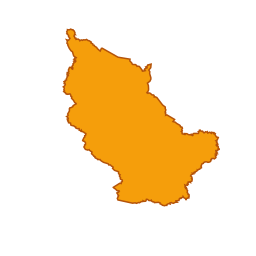 outline of Ocú, Herrera, Panama, rotated 112°
{"feature_id": "35544464B32201522330751", "entity_name": "Ocú", "entity_type": "district", "adm_level": 2, "iso_a3": "PAN", "parent_name": "Panama", "parent_adm1": "Herrera", "projection": "equal_earth", "projection_center": [-80.813, 7.919], "detail": "fine", "context": "isolated", "style": "filled", "palette": "amber", "viewbox_px": 256, "rotation_deg": 112, "n_neighbors": 0, "source": "geoboundaries", "source_scale": "gbopen_adm2", "svg_char_len": 5803}
<svg xmlns="http://www.w3.org/2000/svg" viewBox="0 0 256 256"><g transform="rotate(112 128 128)"><path d="M108.5,39.5L108.2,40.5L107.0,40.6L106.9,41.7L105.5,40.8L103.0,40.7L102.9,41.2L103.3,42.5L101.4,45.1L100.6,44.9L100.1,46.5L101.0,46.8L100.4,47.3L100.7,49.0L101.7,48.8L101.3,50.7L102.8,52.1L101.7,53.1L102.3,53.5L102.5,54.8L103.7,55.2L104.0,56.1L103.0,57.7L103.5,58.3L103.4,59.4L102.9,60.4L103.3,60.9L104.0,60.4L105.0,61.5L105.6,60.8L106.7,60.7L108.4,65.0L109.7,65.8L110.4,65.1L110.8,65.2L110.9,65.8L110.6,66.9L110.2,66.7L110.1,67.1L111.0,67.6L111.5,69.6L111.2,71.2L111.9,73.3L112.4,72.6L112.7,72.7L113.0,75.7L111.4,76.4L111.3,77.2L110.1,76.7L109.4,77.6L107.9,77.4L107.0,78.2L107.0,78.8L107.3,79.1L107.1,80.0L106.4,80.3L106.0,81.1L105.5,84.8L104.9,86.2L105.2,88.7L102.6,88.0L101.3,96.8L102.0,97.7L101.5,97.7L100.8,98.7L99.9,98.6L99.3,99.6L98.0,99.5L96.7,99.9L96.2,100.7L94.6,101.3L93.7,104.6L88.9,112.7L88.9,114.5L89.4,115.3L88.4,115.7L87.8,116.6L88.3,118.2L87.5,120.1L87.6,121.8L88.4,122.5L88.2,123.7L85.8,123.1L84.4,123.4L81.0,125.0L79.1,126.8L76.4,125.2L74.1,125.1L72.7,125.7L69.5,128.3L67.6,128.9L66.5,130.4L63.6,129.5L60.1,130.5L62.2,133.3L62.6,133.1L63.0,133.4L64.1,133.5L64.5,134.1L64.8,133.0L65.2,132.9L65.7,134.0L66.3,133.9L67.0,134.7L67.9,134.7L68.4,133.6L69.8,135.6L69.5,135.9L69.6,136.3L69.1,136.5L66.7,140.5L67.0,142.1L67.5,142.7L66.7,143.7L66.4,144.8L67.3,147.3L67.1,148.1L66.2,149.0L65.1,151.5L63.4,151.9L66.1,163.8L63.7,181.8L64.1,182.5L67.1,182.6L65.9,186.1L65.0,187.3L64.6,189.8L64.0,190.2L64.1,191.6L63.2,192.2L63.0,194.2L62.1,194.3L61.6,196.8L61.9,197.7L61.4,199.6L62.3,200.5L63.0,202.5L63.8,203.0L63.7,204.0L64.5,205.1L65.1,205.3L64.6,205.9L64.2,207.6L65.3,209.4L64.2,209.9L64.4,211.1L63.4,211.7L63.0,212.5L61.4,212.5L61.2,211.9L60.8,212.6L59.6,212.8L58.1,214.4L58.0,215.3L57.5,215.8L57.9,217.1L57.7,218.1L58.6,218.8L59.5,220.5L59.5,221.0L60.4,220.7L61.7,220.9L63.0,219.7L63.5,220.0L64.4,217.8L65.5,217.4L66.6,215.4L69.0,216.0L69.2,218.0L70.0,216.9L72.4,216.3L72.7,215.3L73.8,214.8L76.2,212.2L77.8,209.7L78.1,208.1L81.5,205.4L82.0,203.8L82.2,202.3L82.5,202.4L83.0,203.5L83.8,203.4L84.5,203.9L84.7,202.3L85.9,203.1L85.6,201.6L85.8,201.4L86.5,201.6L86.9,202.9L88.2,202.5L89.3,203.1L90.0,202.4L91.6,203.0L93.0,201.6L94.2,201.4L94.2,202.1L93.6,203.1L93.0,203.4L93.7,204.9L96.6,205.0L97.7,204.1L98.4,204.4L99.3,203.7L99.5,205.1L101.4,204.5L101.1,203.3L101.8,202.9L102.8,203.8L103.8,203.4L105.5,203.6L106.4,203.0L107.4,204.1L108.5,203.7L109.0,204.7L110.0,203.7L110.7,203.8L110.6,202.8L110.9,202.5L112.6,202.5L114.1,203.4L114.4,202.4L115.4,201.8L116.5,201.8L117.3,200.9L118.1,201.4L118.6,200.5L118.6,199.4L119.0,199.3L119.3,198.2L119.7,197.9L119.3,197.3L119.4,196.7L119.1,196.0L118.4,195.3L118.2,194.4L118.5,194.3L118.8,193.5L120.0,192.8L120.2,191.8L121.6,191.5L122.7,189.0L124.3,187.0L124.6,185.6L125.0,185.1L127.8,187.3L128.8,187.1L130.5,188.5L131.0,189.4L132.0,189.6L134.2,188.7L137.7,189.2L138.5,188.2L139.8,188.6L140.3,189.2L141.1,187.3L141.5,186.9L142.0,186.9L142.4,187.7L142.8,187.5L143.3,186.4L143.9,186.6L144.1,186.0L144.6,185.9L144.7,185.2L145.4,185.0L145.0,183.1L146.7,182.1L146.7,180.5L146.2,179.2L146.8,178.1L146.6,176.9L147.5,176.5L147.6,175.3L147.5,174.3L146.8,173.2L147.1,172.8L148.3,172.5L148.2,171.6L148.6,170.5L147.6,170.4L148.5,169.5L148.4,167.3L148.8,166.7L148.9,165.0L150.6,164.6L151.3,165.3L152.6,164.7L153.2,165.2L156.5,165.4L156.9,164.7L156.7,163.3L157.7,161.8L159.4,161.2L159.9,161.9L161.3,161.5L162.1,161.8L163.7,159.6L163.8,158.5L163.4,157.8L163.6,157.1L162.6,155.9L163.1,155.4L163.8,152.4L165.5,152.2L166.4,149.8L166.9,149.3L166.9,147.9L167.8,147.6L168.0,146.9L168.1,145.2L168.6,144.1L168.1,143.6L168.2,142.8L167.7,142.1L168.5,140.7L169.0,137.9L168.6,132.9L169.5,131.9L168.8,130.5L169.5,129.1L169.6,127.5L170.3,127.0L171.2,127.2L172.3,124.7L172.1,120.4L173.9,119.6L174.4,117.8L175.1,118.1L176.0,117.8L176.7,116.4L177.4,116.4L178.2,115.9L178.4,113.8L179.8,113.2L180.6,114.0L182.0,113.5L182.4,115.0L188.5,119.4L189.1,118.1L189.2,116.8L190.1,114.9L189.6,112.8L189.8,112.4L191.2,112.8L191.7,113.7L192.4,114.0L194.2,111.4L194.9,111.8L195.3,111.3L197.2,111.6L198.5,110.4L196.0,95.6L194.7,93.3L194.7,92.0L193.1,90.2L193.0,89.3L191.5,88.3L190.5,86.6L189.8,86.8L190.0,85.7L189.4,84.4L188.7,84.0L187.3,84.3L187.0,83.9L186.9,82.9L187.4,81.6L187.0,80.0L186.2,79.4L187.0,78.5L187.2,77.5L186.8,76.4L187.3,75.6L185.5,71.9L185.5,70.1L186.3,69.8L186.3,68.6L186.7,67.1L186.4,65.0L185.9,64.6L185.2,63.0L184.4,63.3L183.3,62.4L182.8,61.7L182.7,60.5L181.9,61.1L181.2,60.4L180.9,59.9L181.1,59.5L180.8,57.7L179.1,56.2L178.4,54.7L177.9,56.1L177.6,56.3L176.1,53.6L174.5,53.9L173.7,53.5L173.8,53.0L173.4,52.4L172.8,52.6L171.8,51.2L170.9,51.3L171.7,50.2L171.9,48.2L172.7,47.7L172.5,47.2L171.7,47.7L169.9,45.4L169.4,46.1L168.6,45.7L167.0,46.4L166.8,46.8L167.1,47.4L166.1,48.0L165.6,49.0L163.6,49.4L163.3,50.2L162.2,50.8L162.5,51.8L161.3,51.7L161.1,52.3L161.3,53.1L160.5,53.1L159.6,53.8L159.7,53.0L158.9,52.2L158.8,51.5L158.1,52.0L157.6,51.2L156.9,52.1L156.2,51.5L155.5,51.9L155.0,50.9L155.1,49.7L154.4,50.2L153.5,48.9L151.9,49.1L151.3,49.9L151.1,49.5L150.4,49.8L149.3,50.8L149.0,52.0L147.5,51.8L146.1,50.3L145.8,51.0L145.5,49.9L145.1,50.3L144.3,50.1L144.2,49.1L143.4,49.3L142.5,48.3L141.5,47.8L141.0,48.0L141.1,47.6L139.9,47.0L139.3,46.1L138.2,45.9L137.4,45.0L136.6,45.3L136.1,46.0L133.3,45.9L132.6,44.9L131.6,44.8L130.6,43.9L129.9,42.3L129.9,41.0L128.9,39.5L127.9,38.9L126.4,39.3L126.2,38.8L125.5,39.1L124.7,38.7L124.6,37.9L124.1,37.2L124.3,36.4L123.0,35.6L122.4,35.4L121.2,36.6L120.3,35.7L119.7,36.1L119.5,37.0L118.5,35.6L118.1,37.0L117.6,37.2L117.1,36.5L116.5,37.8L116.0,38.1L115.2,36.5L114.0,36.6L113.8,35.8L114.2,35.2L113.1,35.8L112.7,36.9L111.5,37.3L111.1,38.2L111.4,38.9L111.0,39.7L110.1,39.9L109.6,38.6L108.5,39.5Z" fill="#f59e0b" stroke="#b45309" stroke-width="1.5"/></g></svg>